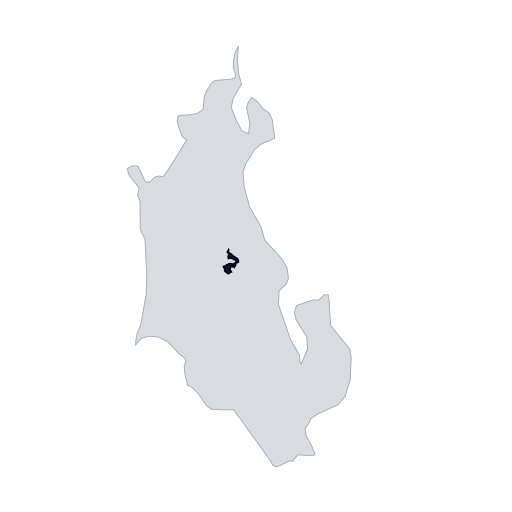 location of Desamparados, San José, Costa Rica, rotated 212°
{"feature_id": "36466004B53955295164101", "entity_name": "Desamparados", "entity_type": "district", "adm_level": 2, "iso_a3": "CRI", "parent_name": "Costa Rica", "parent_adm1": "San José", "projection": "natural_earth1", "projection_center": [-84.044, 9.811], "detail": "fine", "context": "in_parent", "style": "filled", "palette": "ink", "viewbox_px": 512, "rotation_deg": 212, "n_neighbors": 0, "source": "geoboundaries", "source_scale": "gbopen_adm2", "svg_char_len": 6082}
<svg xmlns="http://www.w3.org/2000/svg" viewBox="0 0 512 512"><g transform="rotate(212 256 256)"><path d="M411.3,261.8L410.8,263.8L409.2,265.9L406.9,268.0L403.8,269.5L396.5,265.1L389.2,260.2L385.3,262.4L383.8,268.9L381.1,272.1L377.7,273.4L376.4,275.6L376.1,297.2L376.3,317.6L381.8,318.1L391.0,325.2L394.9,329.4L396.1,333.2L395.0,335.1L388.3,339.6L381.8,345.2L378.5,352.2L384.3,363.6L385.5,371.3L385.3,379.3L383.7,383.2L371.1,392.5L368.3,395.7L368.7,398.1L375.7,404.5L379.0,410.7L381.7,418.1L382.1,424.6L375.8,412.6L367.0,401.1L359.4,394.1L358.8,377.6L355.7,368.7L344.2,360.4L334.4,354.7L327.1,355.8L331.6,365.3L343.1,377.4L343.9,382.1L343.7,388.4L335.8,387.4L328.8,384.8L320.3,384.0L314.6,380.3L302.5,365.8L311.1,353.4L313.7,345.3L313.5,328.5L311.5,320.3L302.3,307.9L287.5,294.3L266.8,283.1L257.1,274.1L232.9,267.3L223.7,262.7L216.6,254.2L215.5,248.2L218.0,238.8L211.4,226.9L182.6,203.5L166.5,194.9L163.0,189.9L160.5,188.3L162.9,204.4L170.0,214.2L188.3,223.2L193.4,228.5L195.4,235.4L184.8,248.6L179.3,251.9L177.7,259.1L174.2,261.3L170.6,257.1L155.7,236.5L126.8,226.6L121.6,220.5L110.9,201.7L106.0,184.5L107.8,173.0L119.7,155.1L123.4,147.3L122.6,142.5L123.0,135.5L118.6,130.5L107.7,124.1L100.7,119.0L102.6,116.4L115.2,109.5L116.0,103.2L115.9,101.2L118.0,100.7L119.8,99.1L120.9,97.4L124.3,91.3L127.3,87.9L130.8,87.4L135.0,89.9L150.8,96.4L168.4,103.6L193.4,113.8L203.8,107.3L212.7,102.3L218.9,103.0L232.4,108.8L240.5,110.7L245.5,110.1L254.1,118.6L258.8,125.1L259.6,129.3L262.2,131.6L268.9,132.2L285.3,136.5L295.3,135.7L304.5,131.1L309.5,125.5L311.0,116.8L313.3,121.1L316.0,127.9L317.2,136.6L329.0,165.7L338.5,181.9L359.1,211.5L368.1,217.0L383.2,240.8L388.4,244.7L391.3,251.8L407.0,257.6L411.3,261.8Z" fill="#d9dde1" stroke="#a8b0b8" stroke-width="1"/><path d="M282.6,247.0L282.5,246.5L282.5,246.3L282.5,245.9L282.6,245.4L282.6,245.2L282.5,244.6L282.4,244.7L282.3,244.4L282.3,244.1L282.2,244.1L282.0,244.3L281.8,244.3L281.7,244.3L281.7,244.1L281.6,243.9L281.4,244.1L281.0,244.0L280.9,244.0L280.6,243.8L279.8,243.7L279.7,243.6L279.9,243.3L279.8,243.2L279.7,242.9L279.8,242.7L279.7,242.4L279.8,242.2L279.6,242.1L279.4,241.9L279.5,241.8L279.5,241.5L279.5,241.2L279.5,240.8L279.3,240.7L279.1,240.7L278.9,240.6L278.9,240.4L278.8,240.1L278.5,239.9L278.5,239.5L278.2,239.4L277.9,239.2L277.8,239.4L277.8,239.7L277.7,239.8L277.4,240.0L277.1,240.2L277.0,240.3L276.7,240.5L276.2,240.7L275.9,240.8L275.4,241.0L275.3,241.5L274.7,241.5L274.6,241.4L274.3,241.4L274.1,241.2L273.9,241.2L273.8,241.3L273.7,241.4L273.4,241.3L273.0,241.3L272.8,241.2L272.5,241.2L272.4,241.2L272.2,241.4L272.2,241.5L271.9,241.6L271.7,241.5L271.4,241.6L271.1,241.6L270.9,241.6L270.7,241.5L270.3,241.5L270.2,241.4L270.1,241.1L269.8,241.0L269.7,240.9L269.7,240.6L269.8,240.4L270.0,240.2L270.0,239.9L269.9,239.7L270.0,239.2L270.2,238.9L270.3,238.8L270.6,238.3L270.7,238.1L270.7,237.6L270.8,237.5L270.9,237.3L271.2,237.1L271.4,236.9L272.0,236.7L272.6,236.6L272.9,236.4L273.4,236.3L273.9,235.7L274.1,235.6L274.6,235.3L274.8,235.1L275.0,235.0L275.1,234.7L275.3,234.4L275.3,234.0L275.4,233.8L275.6,233.4L275.8,233.3L275.9,233.1L276.3,232.9L276.1,232.6L276.1,232.3L276.1,232.0L276.3,231.8L276.6,231.5L277.0,231.2L277.5,230.8L277.9,230.3L278.0,230.1L277.9,229.9L278.0,229.5L277.7,229.4L277.2,229.2L276.9,228.9L276.7,228.9L276.3,228.8L276.2,228.7L275.9,228.6L275.7,228.6L275.4,228.7L275.0,228.7L274.7,228.5L274.6,228.2L274.5,228.3L274.4,228.3L274.4,228.2L274.5,228.1L274.4,228.1L274.3,227.9L274.2,227.8L274.2,227.7L274.1,227.4L273.9,227.3L273.9,227.2L274.0,227.2L274.2,227.3L274.6,227.3L274.7,227.5L274.8,227.4L275.0,227.3L274.9,227.2L274.8,226.9L274.7,226.8L274.4,226.8L274.1,226.5L273.7,226.5L273.5,226.4L273.4,226.4L273.4,226.5L273.2,226.7L273.1,226.8L273.0,226.7L272.9,226.7L272.7,226.6L272.5,226.8L272.4,226.8L272.4,226.7L272.1,226.6L271.9,226.5L271.7,226.4L271.5,226.2L271.4,226.1L271.1,226.2L271.2,225.9L271.1,226.0L270.9,226.0L270.7,226.2L270.5,226.3L270.5,226.5L270.4,226.5L270.4,226.4L270.1,226.5L269.9,226.5L269.7,226.7L269.4,226.8L269.3,227.0L269.5,227.2L269.6,227.3L269.7,227.5L269.8,227.6L269.8,227.8L270.0,228.1L270.0,228.5L269.9,228.4L269.6,228.5L269.2,228.7L269.1,228.8L268.8,228.9L268.8,229.0L268.6,229.2L268.4,229.4L268.3,229.5L268.6,229.7L268.9,229.8L269.1,230.0L269.3,230.0L270.1,230.0L270.2,229.9L270.3,229.8L270.4,229.7L270.5,230.0L270.4,230.1L270.3,230.4L270.4,230.5L270.5,230.6L271.5,230.7L271.9,230.9L272.1,230.9L272.1,231.1L272.0,231.4L271.9,231.4L271.8,231.5L271.7,231.6L271.6,231.8L271.5,232.1L271.3,232.2L271.4,232.3L271.5,232.6L271.5,232.9L271.8,234.0L272.0,234.2L272.0,234.3L271.7,234.2L271.4,233.9L271.2,234.1L270.8,234.2L270.7,234.3L270.4,234.4L270.2,234.4L270.2,234.5L270.3,234.8L270.6,234.8L270.6,235.0L270.4,235.0L270.1,235.0L269.9,235.0L269.8,234.9L269.6,234.8L269.1,234.9L269.0,235.0L268.8,235.0L268.4,234.8L268.2,234.8L268.3,235.1L269.0,235.2L269.2,235.4L269.4,235.5L269.5,235.5L269.8,236.0L269.7,236.2L269.6,236.8L269.4,237.1L269.2,237.1L268.9,237.1L268.5,237.0L268.3,236.9L268.3,237.1L268.4,237.5L268.7,237.6L268.9,238.0L269.0,238.3L268.9,238.4L268.9,238.8L269.0,239.0L268.8,239.4L268.8,239.6L268.7,239.7L268.7,240.1L268.8,240.3L268.6,240.5L268.4,240.6L268.1,240.8L267.9,241.0L267.7,241.2L267.6,241.5L267.8,241.7L267.7,241.8L267.8,242.0L268.0,242.3L268.3,242.5L268.5,242.8L268.9,242.9L268.9,243.0L269.1,243.1L269.3,243.2L269.3,243.4L269.5,243.5L269.9,243.6L270.1,243.6L270.3,243.9L270.5,243.9L271.1,244.0L271.3,244.0L271.9,244.0L272.0,243.9L272.4,243.9L272.7,243.8L273.0,243.8L273.6,244.1L273.8,244.0L274.1,244.1L274.3,244.1L274.5,244.0L274.5,243.9L274.7,244.0L275.0,244.0L275.2,243.9L275.3,244.1L275.7,244.2L275.9,244.3L276.1,244.3L276.3,244.3L276.4,244.2L276.5,244.1L276.8,244.1L277.1,244.1L277.3,244.2L277.3,244.3L277.6,244.5L277.7,244.3L277.9,244.3L278.4,244.4L278.5,244.5L278.8,244.3L279.0,244.2L279.1,244.3L279.3,244.4L279.7,244.4L280.1,244.4L280.3,244.3L280.4,244.6L280.5,244.6L280.8,244.5L281.2,244.5L281.4,244.6L281.5,244.8L281.9,244.8L282.0,245.3L282.0,245.6L282.0,245.8L282.1,246.0L282.2,246.5L282.4,246.9L282.6,247.0Z" fill="#0f172a" stroke="#020617" stroke-width="1.5"/></g></svg>